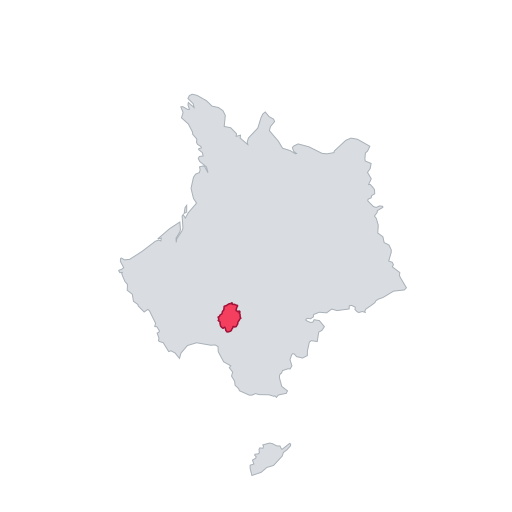 where Lozère sits in France, rotated 45°
{"feature_id": "FRA-5320", "entity_name": "Lozère", "entity_type": "Metropolitan department", "adm_level": 1, "iso_a3": "FRA", "parent_name": "France", "parent_adm1": "", "projection": "mercator", "projection_center": [3.454, 44.535], "detail": "fine", "context": "in_parent", "style": "filled", "palette": "rose", "viewbox_px": 512, "rotation_deg": 45, "n_neighbors": 0, "source": "natural_earth", "source_scale": "10m", "svg_char_len": 5627}
<svg xmlns="http://www.w3.org/2000/svg" viewBox="0 0 512 512"><g transform="rotate(45 256 256)"><path d="M373.1,218.6L370.4,220.1L368.7,223.2L367.0,223.9L363.9,223.9L362.4,222.0L358.6,223.3L357.1,225.2L359.3,227.6L351.8,237.4L347.1,239.9L346.1,246.3L340.5,251.0L338.4,255.9L338.2,256.9L339.6,258.5L339.0,261.8L336.2,263.9L336.2,265.9L337.0,266.2L341.3,264.6L343.0,262.7L342.1,260.0L346.5,256.9L354.3,257.6L355.2,261.9L354.2,265.5L359.8,273.2L354.9,276.8L354.6,279.2L359.6,286.9L362.7,290.1L361.1,295.2L355.8,298.5L352.4,298.2L351.0,299.1L351.1,300.7L353.4,305.3L359.1,308.3L360.0,311.8L358.4,313.0L355.8,318.3L356.9,320.9L356.5,322.0L357.1,323.8L358.6,325.5L366.4,330.0L373.6,329.1L374.5,331.7L370.1,338.5L370.4,341.5L368.2,341.6L367.8,342.6L363.4,344.9L356.3,351.7L352.9,353.7L351.6,357.1L349.7,359.1L339.5,363.0L337.6,362.1L332.6,362.2L329.5,359.7L323.6,358.2L321.6,354.6L316.1,353.9L315.8,351.5L308.0,353.7L297.0,350.4L293.2,346.9L290.0,347.8L287.2,351.0L275.4,359.3L270.8,367.8L271.6,377.7L274.3,382.5L267.2,381.8L262.9,383.2L261.8,385.3L251.7,382.9L247.9,384.9L246.9,384.8L245.5,382.7L240.6,380.4L241.3,378.7L240.7,377.3L236.0,376.1L234.3,377.5L232.6,374.6L219.4,370.1L217.3,370.2L216.5,374.7L208.0,374.6L206.8,373.8L201.4,374.7L195.6,370.5L189.2,371.3L185.2,367.0L181.4,366.7L175.9,364.5L173.5,363.4L173.1,362.1L171.6,364.0L169.5,363.6L169.1,363.0L170.4,360.6L170.7,357.8L163.9,355.7L162.1,353.7L162.1,352.7L165.7,351.7L169.0,347.8L172.1,333.6L174.4,316.7L176.0,313.5L178.1,312.6L176.4,310.3L174.4,313.4L175.6,297.7L178.1,285.8L183.8,290.7L185.1,292.8L186.8,299.9L190.0,302.8L187.9,300.0L185.9,290.6L184.6,287.9L175.5,280.0L175.2,278.2L179.2,279.2L177.5,273.2L176.6,260.7L171.1,259.5L162.2,254.1L156.1,244.5L155.4,240.8L157.0,237.0L155.6,234.6L153.0,232.9L155.0,229.6L156.8,229.2L163.2,231.1L158.0,228.0L149.5,229.0L146.2,227.9L145.6,225.6L147.9,222.7L145.0,220.8L140.2,221.3L139.6,220.5L141.0,218.3L139.8,217.5L135.8,218.4L133.6,217.7L131.5,215.2L125.1,214.7L123.6,213.3L114.8,210.5L105.6,211.0L103.0,206.1L97.4,203.7L98.5,202.2L104.1,200.7L105.2,199.3L101.1,197.3L99.6,195.3L107.2,194.8L103.8,192.7L96.5,192.8L95.5,189.9L96.4,186.8L100.7,184.1L111.3,181.2L119.0,181.1L124.4,177.6L129.8,176.6L134.9,178.3L141.9,186.9L147.4,183.2L155.7,183.3L157.4,185.4L159.6,181.5L161.4,183.8L171.4,183.0L169.1,181.5L167.2,177.8L166.8,164.2L161.6,154.3L160.4,150.7L160.7,147.6L166.7,148.2L171.7,146.8L174.1,147.8L174.7,154.2L176.8,157.9L190.6,159.0L198.6,161.0L205.4,157.4L211.7,155.8L212.2,154.9L208.5,155.3L205.2,153.7L204.8,152.0L206.5,147.0L216.1,141.4L230.2,136.7L233.9,133.6L238.0,127.8L237.1,126.4L237.7,110.6L239.8,105.5L245.2,101.7L258.9,97.9L260.7,103.0L260.5,105.8L264.2,110.2L266.0,111.6L272.0,109.2L274.9,113.4L275.7,118.0L282.9,119.9L285.1,125.9L286.4,124.6L290.9,124.9L293.0,125.4L295.9,128.0L295.1,131.6L296.3,133.4L295.1,136.6L296.0,138.0L304.2,138.0L306.7,136.6L307.9,133.3L310.4,131.3L311.3,131.9L309.7,138.1L310.9,139.6L311.5,144.0L314.6,144.4L320.7,147.8L325.8,153.6L332.2,152.7L337.1,155.9L342.3,154.2L347.2,156.0L348.9,157.6L353.4,165.7L356.9,164.1L359.3,165.0L360.1,167.3L369.4,166.0L371.1,168.2L373.0,169.1L384.8,172.1L384.9,175.1L378.1,183.6L375.1,195.6L373.1,199.8L372.4,202.9L373.0,204.9L372.6,208.2L371.2,215.9L372.0,218.2L373.1,218.6ZM414.9,371.1L414.3,375.6L416.0,378.9L416.5,391.7L413.2,397.8L412.6,405.3L408.3,414.1L401.8,410.2L399.8,408.0L401.6,404.6L397.8,402.8L398.7,399.5L398.3,397.9L395.7,397.7L395.5,396.8L397.5,394.3L397.5,392.7L394.9,390.7L394.4,389.0L396.9,387.0L395.8,385.2L394.4,384.8L397.7,378.9L400.0,377.2L405.1,375.5L407.3,373.4L410.6,374.5L411.2,374.0L412.3,364.7L413.5,364.5L414.6,365.8L414.9,371.1ZM175.9,273.9L175.1,276.7L171.6,271.9L171.2,269.2L175.9,273.9Z" fill="#d9dde1" stroke="#a8b0b8" stroke-width="1"/><path d="M291.9,319.9L291.7,320.2L291.1,321.3L290.7,321.6L290.0,321.7L289.7,322.1L290.4,323.3L290.5,323.6L290.6,324.7L291.2,326.1L291.2,326.5L291.1,327.2L290.2,329.1L289.2,330.2L287.3,330.0L285.1,328.6L284.6,328.5L284.0,328.7L283.9,329.1L284.0,329.7L283.9,330.3L283.4,330.6L281.2,330.7L280.4,330.5L278.0,329.0L277.9,328.6L277.7,328.3L277.5,328.2L277.2,328.2L276.8,328.1L275.2,328.3L274.8,328.2L274.8,327.9L274.8,327.7L274.7,327.5L274.6,327.3L274.4,327.1L274.2,326.9L273.4,326.5L272.9,326.2L272.5,326.1L272.4,326.0L272.4,325.8L272.5,325.6L272.9,324.8L272.9,324.6L272.8,324.3L272.5,323.8L272.4,323.4L272.4,322.9L272.4,322.7L272.5,322.2L272.7,321.8L272.7,321.5L272.7,321.3L272.7,321.1L272.7,320.8L272.6,320.6L271.8,319.5L271.6,319.2L271.5,318.9L271.4,318.4L271.4,318.1L271.4,317.8L271.5,317.6L271.5,317.4L271.1,316.6L269.1,314.1L269.5,313.0L269.7,312.6L270.1,312.1L270.1,311.8L270.3,310.8L270.6,309.4L270.8,308.8L271.0,308.4L271.4,308.2L271.6,308.0L271.8,307.3L271.8,306.6L272.0,306.3L272.2,306.2L272.4,306.1L272.5,306.2L272.9,306.8L273.0,306.9L273.4,306.9L273.8,306.6L275.1,305.3L275.4,305.2L275.6,305.2L275.8,305.2L276.0,305.2L276.3,305.0L277.2,304.4L277.3,304.3L277.6,304.2L277.9,304.3L278.1,304.2L278.3,304.3L278.3,304.5L278.4,304.9L278.6,305.5L279.9,308.0L280.3,308.5L280.6,308.6L281.0,308.5L281.2,308.4L281.4,308.3L282.2,308.3L282.4,308.2L282.6,308.1L282.7,307.9L282.8,307.7L282.8,307.3L282.8,307.1L282.9,306.9L283.1,306.8L283.3,306.7L283.6,306.7L284.0,306.8L284.3,307.0L284.4,307.4L284.4,307.6L284.3,307.8L284.2,307.9L284.3,308.1L285.7,308.4L285.9,308.5L286.1,308.6L286.8,309.3L287.4,309.9L287.7,310.1L288.1,310.2L288.2,310.3L288.3,310.4L288.5,310.5L289.2,310.7L289.1,311.6L289.1,312.0L289.2,312.3L289.3,312.5L289.6,313.5L289.8,314.8L290.0,315.6L290.3,316.1L290.7,316.4L291.1,317.0L291.2,317.5L291.9,319.9Z" fill="#f43f5e" stroke="#9f1239" stroke-width="1.5"/></g></svg>